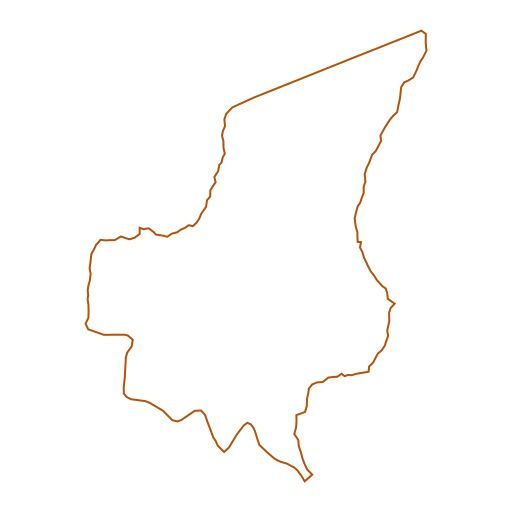 Mortugaba, Bahia, Brazil
{"feature_id": "56859067B4294097678896", "entity_name": "Mortugaba", "entity_type": "district", "adm_level": 2, "iso_a3": "BRA", "parent_name": "Brazil", "parent_adm1": "Bahia", "projection": "equal_earth", "projection_center": [-42.316, -14.969], "detail": "fine", "context": "isolated", "style": "outline", "palette": "amber", "viewbox_px": 512, "rotation_deg": 0, "n_neighbors": 0, "source": "geoboundaries", "source_scale": "gbopen_adm2", "svg_char_len": 2589}
<svg xmlns="http://www.w3.org/2000/svg" viewBox="0 0 512 512"><path d="M425.8,33.9L421.4,30.7L353.0,57.9L277.6,88.1L254.0,97.5L232.5,107.3L228.8,111.1L226.2,113.9L224.4,119.3L225.0,126.2L222.9,131.1L222.0,135.6L223.4,141.2L223.5,147.7L224.8,153.7L222.7,157.4L221.6,162.4L219.2,165.1L218.1,171.2L214.4,176.9L215.6,182.3L213.2,185.6L210.3,190.4L210.2,196.5L207.0,200.3L206.1,206.7L201.4,213.5L199.1,218.8L196.5,222.8L192.8,226.2L188.8,225.2L185.0,227.8L180.7,229.7L177.3,232.2L171.8,233.7L167.2,236.8L163.5,235.7L159.3,235.1L156.0,234.6L153.4,231.8L148.6,228.3L143.6,229.2L139.6,227.8L139.7,233.9L134.7,237.7L129.4,239.3L125.3,238.0L120.9,236.5L114.8,240.1L110.5,240.1L105.9,240.4L100.5,239.9L96.1,244.9L94.0,249.3L91.3,254.3L90.4,262.6L89.6,268.3L90.6,273.9L89.9,280.1L88.4,285.7L87.7,290.3L88.2,295.4L87.6,299.6L88.4,304.3L88.6,310.8L88.4,317.8L85.6,323.7L88.2,329.3L103.8,334.8L124.5,334.7L127.8,335.5L132.7,339.7L131.7,346.3L127.3,352.5L125.9,357.0L124.8,377.0L123.7,387.6L123.9,393.5L126.6,397.0L131.0,399.2L145.2,401.1L149.1,402.5L163.1,410.8L172.3,420.2L177.4,421.4L181.0,420.2L194.8,410.8L201.0,410.5L205.0,414.8L207.4,421.7L213.5,437.9L215.8,441.1L217.7,445.6L224.1,452.0L228.8,447.7L236.9,434.4L243.7,425.5L247.3,422.8L250.8,424.3L253.1,427.3L254.9,431.1L259.3,444.9L268.3,453.4L274.7,458.8L279.7,461.5L286.9,463.6L290.8,465.7L294.3,467.6L297.5,470.4L301.0,475.2L304.7,481.3L312.2,474.7L307.2,469.5L304.4,463.6L302.4,458.1L300.9,452.2L298.7,445.8L298.3,440.1L294.3,434.0L296.1,427.3L296.5,421.2L296.4,415.1L300.5,413.6L305.0,412.0L306.8,406.0L307.0,398.9L308.2,393.5L308.9,388.5L312.2,384.4L317.0,382.4L322.8,382.0L328.3,377.6L332.5,377.0L337.4,376.7L341.5,373.8L344.7,376.2L347.8,375.0L351.5,375.2L356.3,373.8L360.3,373.1L364.4,372.5L368.6,371.7L369.1,366.5L373.2,362.5L376.0,357.0L377.9,353.5L381.6,350.4L384.8,345.7L386.4,340.7L388.2,335.7L387.2,330.9L388.3,325.5L389.3,321.1L389.1,312.8L390.6,308.1L394.6,303.7L391.7,301.6L387.8,298.8L387.2,293.1L385.8,288.6L382.4,286.2L376.7,279.9L374.3,275.9L370.9,271.6L367.9,265.9L366.1,261.9L364.2,258.1L362.3,252.0L360.0,247.5L361.0,242.2L357.7,241.9L357.4,236.8L357.4,231.9L355.9,227.3L355.2,223.0L354.7,218.1L356.0,212.4L357.7,206.4L360.2,202.6L361.9,197.5L363.7,192.8L363.7,186.8L365.4,181.6L364.7,174.0L366.7,167.7L369.1,162.9L372.1,154.8L375.9,150.8L381.1,140.9L380.4,135.5L385.0,127.3L389.8,119.8L392.9,116.1L397.1,112.2L398.8,103.7L400.0,98.1L400.5,93.7L401.2,87.1L404.3,82.2L407.7,80.9L413.1,77.6L416.5,70.6L418.6,65.3L420.6,61.1L423.0,57.5L426.4,50.8L425.7,42.2L425.8,33.9Z" fill="none" stroke="#b45309" stroke-width="2"/></svg>